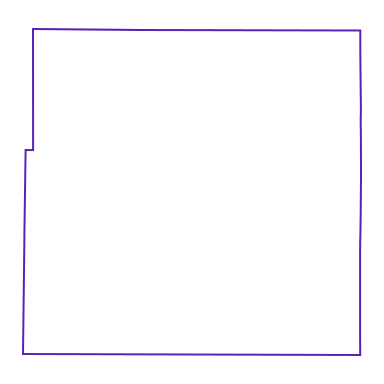 outline of Linn, Kansas, United States of America
{"feature_id": "52423323B61475795206646", "entity_name": "Linn", "entity_type": "district", "adm_level": 2, "iso_a3": "USA", "parent_name": "United States of America", "parent_adm1": "Kansas", "projection": "orthographic", "projection_center": [-94.717, 38.214], "detail": "fine", "context": "isolated", "style": "outline", "palette": "violet", "viewbox_px": 384, "rotation_deg": 0, "n_neighbors": 0, "source": "geoboundaries", "source_scale": "gbopen_adm2", "svg_char_len": 506}
<svg xmlns="http://www.w3.org/2000/svg" viewBox="0 0 384 384"><path d="M33.0,29.0L33.1,150.1L25.6,150.0L24.4,233.5L24.3,246.5L23.0,354.0L360.2,355.0L360.1,333.8L360.1,328.4L360.1,327.1L360.1,251.0L360.2,241.0L360.4,234.3L360.7,213.4L360.8,204.0L360.8,201.1L360.9,188.4L360.9,186.9L361.0,179.8L361.0,169.8L360.9,139.7L360.7,121.7L360.7,120.3L360.9,110.1L360.8,98.7L360.7,93.8L360.7,89.9L360.6,79.4L360.3,53.0L360.3,48.2L360.3,30.5L139.8,30.0L33.0,29.0Z" fill="none" stroke="#5b21b6" stroke-width="2"/></svg>